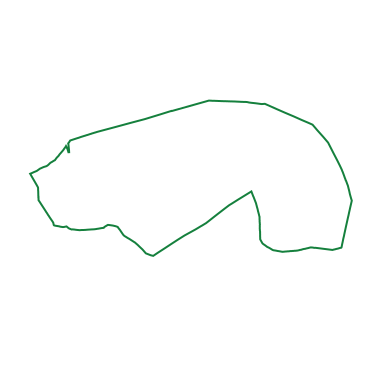 Rozendaal, Gelderland, Netherlands, rotated 78°
{"feature_id": "6326949B60180750903375", "entity_name": "Rozendaal", "entity_type": "district", "adm_level": 2, "iso_a3": "NLD", "parent_name": "Netherlands", "parent_adm1": "Gelderland", "projection": "albers", "projection_center": [5.979, 52.039], "detail": "fine", "context": "isolated", "style": "outline", "palette": "green", "viewbox_px": 384, "rotation_deg": 78, "n_neighbors": 0, "source": "geoboundaries", "source_scale": "gbopen_adm2", "svg_char_len": 5761}
<svg xmlns="http://www.w3.org/2000/svg" viewBox="0 0 384 384"><g transform="rotate(78 192 192)"><path d="M151.2,60.1L148.3,64.1L144.6,69.4L139.2,76.8L133.9,84.4L129.1,91.1L120.9,102.4L120.5,105.5L119.8,107.5L119.0,109.7L118.3,111.7L117.0,115.7L116.2,117.9L115.9,118.4L115.3,119.9L114.3,124.1L112.2,132.0L111.4,135.4L110.7,138.2L110.1,140.6L109.5,143.2L108.5,147.1L107.7,150.2L107.2,152.2L107.0,153.3L106.8,153.8L106.1,156.5L108.6,195.0L108.4,195.2L109.5,207.0L110.9,223.0L111.6,237.1L112.1,246.1L112.6,255.1L113.0,263.0L113.5,272.4L113.7,274.4L113.7,275.0L113.8,275.7L113.9,276.8L113.9,277.4L114.0,278.0L114.1,278.6L114.1,279.2L114.5,282.6L114.5,283.1L114.5,283.5L114.6,284.1L114.7,284.9L114.7,285.4L114.8,286.3L114.9,287.3L115.0,288.5L115.1,289.4L115.3,290.9L115.4,291.6L115.5,293.0L116.3,300.4L118.1,302.2L118.7,303.0L119.9,303.0L125.6,303.6L127.5,303.9L127.4,304.6L123.9,304.9L120.9,305.7L121.6,306.3L122.8,307.7L124.4,309.4L125.0,310.2L126.0,311.5L127.8,313.9L128.8,314.9L130.2,317.0L130.5,317.4L132.4,319.5L132.7,320.7L133.4,322.5L133.9,324.2L134.4,325.1L135.2,326.3L135.9,327.5L136.3,328.5L136.5,329.2L136.5,329.4L136.6,330.5L136.7,331.6L136.8,332.2L136.9,332.8L137.4,335.0L137.6,336.0L138.2,337.3L138.7,338.5L139.1,339.4L139.4,340.9L139.7,342.6L140.0,343.9L140.1,344.3L140.3,345.2L140.4,345.9L140.5,346.5L143.0,345.7L146.1,344.7L152.8,342.5L155.5,341.7L156.6,341.8L157.9,342.1L159.5,342.3L160.5,342.5L162.7,342.9L163.6,343.1L164.4,343.2L164.9,343.3L164.9,343.2L168.2,343.8L168.5,343.7L169.3,343.3L172.5,342.1L179.8,339.3L181.5,338.7L182.6,338.2L182.9,338.1L184.4,337.6L185.1,337.3L185.7,337.0L186.1,336.9L186.9,336.6L187.9,336.2L188.1,336.1L188.4,336.0L192.0,334.5L192.7,334.3L193.1,334.1L193.4,334.1L193.8,334.1L194.3,334.1L195.5,334.1L196.0,333.8L196.4,333.0L196.6,332.6L196.8,332.1L197.1,331.3L197.4,330.5L197.6,330.1L197.8,329.4L197.9,329.2L198.0,329.1L198.5,328.1L198.9,327.1L199.5,325.5L199.6,324.3L199.6,323.2L199.6,321.9L201.5,320.4L201.8,320.1L202.3,319.6L202.6,319.1L203.6,317.6L203.7,317.4L203.7,316.8L203.7,316.7L204.3,314.8L204.9,313.2L205.0,312.9L206.0,309.8L206.2,308.1L206.8,304.9L207.2,301.7L207.7,298.2L208.1,295.7L208.2,294.9L208.3,293.5L208.3,292.7L208.4,291.3L208.5,288.0L208.7,285.8L208.1,285.1L207.9,284.8L207.7,284.0L207.5,283.6L207.2,282.6L207.0,282.1L206.8,281.5L206.7,281.1L207.0,280.1L208.4,276.3L209.7,273.6L210.7,272.0L210.8,272.0L211.0,271.9L213.3,270.8L214.3,270.3L215.6,269.8L218.3,268.7L218.5,268.6L219.0,268.4L219.4,268.2L219.7,268.1L220.0,267.9L220.7,267.4L221.0,267.2L222.1,266.0L222.8,265.3L223.8,264.3L224.1,263.9L224.4,263.6L224.6,263.3L225.2,262.7L225.9,262.0L226.6,261.3L227.5,260.4L227.8,260.1L229.1,258.8L229.3,258.5L232.5,256.1L234.6,254.7L236.9,253.1L237.9,252.4L239.5,251.5L242.4,249.9L245.3,245.5L246.3,243.4L246.4,243.2L244.3,238.0L243.5,235.9L241.4,230.4L238.5,223.0L235.8,216.0L233.0,208.4L229.3,196.2L228.1,192.7L227.3,190.4L226.9,189.1L225.6,185.4L225.5,185.0L224.2,182.3L220.7,175.2L219.0,171.7L215.0,163.4L212.6,158.3L211.7,155.7L209.0,148.4L205.8,139.4L203.8,133.8L208.9,133.0L209.6,132.8L210.9,132.6L211.5,132.5L213.4,132.2L215.3,131.9L215.9,131.8L216.5,131.7L216.8,131.7L217.1,131.7L217.7,131.7L218.7,131.6L219.7,131.6L221.0,131.5L222.4,131.4L223.5,131.4L224.7,131.4L225.7,131.3L226.4,131.3L227.7,131.2L228.0,131.2L228.3,131.2L229.6,131.2L230.1,131.1L230.3,131.1L231.1,131.3L231.4,131.3L232.5,131.6L233.6,131.7L233.9,131.8L234.3,131.8L234.9,132.0L235.5,132.1L235.8,132.1L236.0,132.1L236.3,132.1L236.7,132.2L236.9,132.3L237.1,132.3L237.4,132.3L237.7,132.3L237.9,132.4L238.1,132.4L238.4,132.5L238.6,132.6L239.4,132.8L239.7,132.8L240.1,132.9L240.9,133.1L241.4,133.2L242.2,133.4L242.4,133.4L242.8,133.4L243.1,133.5L243.3,133.5L243.5,133.6L243.8,133.6L244.1,133.6L244.6,133.6L245.1,133.7L245.4,133.8L245.8,133.8L246.5,134.0L247.3,134.1L248.6,134.4L250.1,134.7L250.9,134.8L251.4,134.9L252.2,135.1L252.5,135.1L252.8,135.0L253.3,134.9L254.9,134.4L256.5,133.9L256.8,133.8L257.0,133.7L257.4,133.4L257.5,133.3L258.3,132.6L259.0,131.9L259.9,131.1L260.6,130.5L260.9,130.3L261.1,130.0L261.5,129.7L261.8,129.3L262.0,128.9L263.7,127.0L264.2,126.5L264.7,125.9L264.9,125.8L265.2,125.5L265.3,125.4L265.7,124.8L265.8,124.6L265.9,124.4L266.1,124.0L266.1,123.9L266.2,123.6L266.4,123.2L266.5,122.9L266.6,122.5L266.7,122.3L266.8,122.1L266.9,121.9L267.1,121.4L267.4,120.7L267.6,120.3L267.7,120.0L268.0,119.1L268.2,118.7L268.3,118.4L268.9,117.0L269.0,116.7L269.2,116.3L269.2,116.1L269.3,115.9L269.4,115.3L269.5,114.8L269.6,113.3L269.7,112.8L269.8,112.1L269.9,111.1L270.0,110.3L270.1,110.0L270.2,109.0L270.2,108.5L270.3,107.7L270.4,107.3L270.5,106.8L270.5,106.5L270.6,105.6L270.7,105.4L270.8,103.9L270.9,103.5L271.0,103.0L271.0,102.8L271.0,102.5L271.1,102.3L271.1,101.6L271.2,101.2L271.2,100.6L271.2,100.4L271.2,100.1L271.2,99.9L271.2,99.4L271.1,98.3L271.2,97.8L271.2,97.3L271.2,96.9L271.1,96.6L271.1,96.1L271.0,95.4L271.0,94.2L271.1,93.0L271.0,92.0L271.0,91.4L271.0,90.9L271.0,90.1L271.0,89.4L270.9,89.0L270.9,88.6L270.9,88.2L270.9,87.9L270.9,87.5L270.9,87.3L271.0,87.1L271.1,86.8L271.1,86.5L271.2,86.3L271.2,86.2L271.4,85.6L271.7,84.8L271.8,84.6L272.0,84.2L272.3,82.7L274.1,77.5L274.7,75.8L277.9,66.6L277.8,65.5L277.8,63.7L277.7,62.9L277.7,62.7L277.7,62.0L277.7,61.1L277.5,58.9L277.5,57.5L277.3,57.3L276.7,57.0L275.0,56.3L273.2,55.5L272.8,55.3L269.1,53.7L266.2,52.3L265.4,52.0L258.3,48.8L252.6,46.2L249.3,44.7L247.0,43.6L244.7,42.6L241.7,41.2L241.2,41.0L233.7,37.5L231.5,37.7L226.9,38.0L223.7,38.0L221.4,38.1L218.4,38.2L217.6,38.3L215.9,38.6L215.7,38.6L213.0,39.0L212.7,39.2L211.5,39.3L209.1,39.7L208.6,39.7L208.1,39.8L203.9,40.4L202.5,40.7L201.6,40.8L200.7,41.0L199.0,41.4L196.9,41.9L191.5,43.3L183.2,45.6L172.0,48.6L165.5,52.1L157.3,56.8L155.4,57.8L151.2,60.1Z" fill="none" stroke="#15803d" stroke-width="2"/></g></svg>